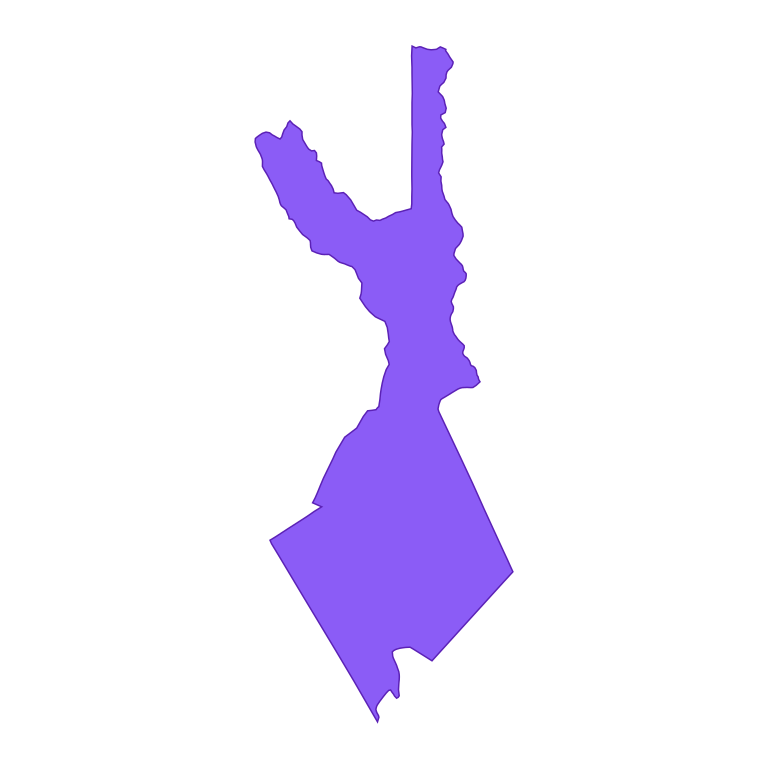 outline of Borabu, Nyanza, Kenya
{"feature_id": "3690345B58519462810575", "entity_name": "Borabu", "entity_type": "district", "adm_level": 2, "iso_a3": "KEN", "parent_name": "Kenya", "parent_adm1": "Nyanza", "projection": "albers", "projection_center": [35.021, -0.692], "detail": "fine", "context": "isolated", "style": "filled", "palette": "violet", "viewbox_px": 768, "rotation_deg": 0, "n_neighbors": 0, "source": "geoboundaries", "source_scale": "gbopen_adm2", "svg_char_len": 5392}
<svg xmlns="http://www.w3.org/2000/svg" viewBox="0 0 768 768"><path d="M412.1,46.1L411.6,56.0L412.0,67.4L412.0,73.2L412.3,93.6L412.0,102.6L412.0,110.8L412.0,124.6L412.3,132.1L412.1,139.5L412.0,144.2L411.8,171.0L411.8,176.7L412.0,189.0L411.8,196.4L411.8,203.7L411.2,208.7L406.8,209.9L403.3,210.9L399.9,211.8L395.6,212.6L392.5,214.5L388.8,216.2L385.7,218.0L382.4,219.2L380.0,220.4L376.4,220.0L373.5,221.1L370.4,219.9L367.3,216.8L360.5,212.3L356.7,210.2L354.1,205.7L350.7,199.9L346.2,194.7L343.5,192.6L337.9,193.3L334.1,192.8L333.1,189.0L331.4,185.5L329.8,183.3L328.1,180.7L326.2,179.0L325.0,176.2L324.0,173.3L322.9,169.7L321.7,165.5L321.5,163.1L319.3,161.7L316.4,160.5L316.7,156.0L316.4,152.9L314.5,150.5L311.5,150.9L308.6,149.0L306.9,146.6L302.7,139.5L302.0,135.0L302.0,131.7L299.8,129.0L296.0,126.2L292.9,124.0L290.0,120.8L288.0,122.9L286.7,126.7L284.1,130.0L282.7,133.8L281.7,137.1L280.0,139.0L276.9,137.5L274.6,136.1L272.3,134.9L269.6,132.8L266.0,132.1L262.4,133.3L259.1,135.5L256.7,137.3L255.4,138.5L255.1,142.0L256.3,146.8L257.0,148.3L258.0,150.2L259.8,153.2L260.5,154.5L261.1,156.1L262.2,159.0L262.5,160.9L262.5,162.6L262.4,166.4L264.1,169.7L266.6,173.7L267.9,176.0L269.9,179.9L271.7,183.1L272.6,184.8L273.2,186.1L274.9,189.5L276.2,192.0L278.2,196.4L278.7,198.0L279.3,199.9L279.9,202.6L280.7,204.7L281.5,205.9L284.5,208.4L286.1,209.9L287.5,213.5L288.8,216.6L289.1,218.8L292.2,219.3L293.7,220.7L295.1,223.1L296.7,227.1L299.8,231.1L302.6,234.5L305.5,236.6L307.4,238.0L310.1,240.5L310.5,243.0L310.5,244.4L310.7,247.3L311.4,249.4L312.0,250.9L315.1,252.2L316.4,252.8L318.1,253.3L321.2,254.2L322.6,254.4L324.3,254.5L329.1,254.4L331.0,255.7L334.5,258.2L338.1,261.3L339.8,262.3L341.6,262.9L344.6,263.8L346.9,264.8L350.2,266.1L351.9,266.5L355.0,269.6L356.6,273.5L358.5,278.4L360.1,280.5L361.9,283.0L361.5,290.3L361.4,291.6L361.1,293.8L359.8,298.2L362.3,302.0L365.4,306.6L368.5,310.3L369.5,311.5L371.0,312.9L375.4,316.8L377.8,318.0L382.8,320.4L384.9,321.4L387.3,327.5L388.3,334.2L388.7,338.0L389.0,339.8L389.3,341.5L387.4,344.8L384.5,348.7L385.6,354.3L388.3,360.6L389.2,364.4L386.2,369.6L383.8,376.7L382.3,382.9L381.2,388.8L380.5,393.4L379.9,399.6L379.3,403.4L378.8,406.7L377.7,407.5L376.0,409.7L372.1,410.3L367.6,410.8L363.3,416.5L356.7,428.1L344.7,437.2L339.5,446.0L335.9,452.1L332.8,459.0L323.5,478.1L320.5,485.2L317.4,492.8L315.2,497.8L312.6,502.8L321.7,506.8L314.3,511.4L307.1,516.4L288.3,528.5L283.1,531.9L275.1,537.1L270.0,540.2L271.6,543.8L278.1,554.5L282.9,562.5L303.1,596.3L322.2,628.0L335.5,650.1L354.0,681.2L377.5,721.9L378.9,717.3L378.6,715.9L377.8,714.3L376.9,712.7L376.3,711.1L375.9,709.3L376.3,707.5L376.7,706.2L377.4,704.8L379.7,701.4L383.5,696.4L386.4,692.8L388.7,690.4L390.6,690.0L392.0,692.2L393.4,694.0L394.6,696.1L396.6,698.2L398.2,697.3L399.2,695.8L398.9,693.1L398.6,690.9L398.5,689.6L398.8,684.1L399.0,681.6L399.2,679.8L399.3,677.4L399.3,676.0L399.2,674.3L398.8,671.7L398.0,669.5L397.5,668.1L396.6,665.4L395.6,663.1L395.0,661.8L393.8,659.2L393.1,657.5L392.7,656.1L392.3,651.9L393.8,650.5L395.9,649.4L397.8,648.8L400.0,648.2L403.3,647.7L405.9,647.4L410.1,647.2L413.3,649.1L421.8,654.4L432.0,660.8L432.9,659.8L461.1,628.7L503.9,581.6L512.9,571.8L509.6,564.6L507.5,559.9L503.4,551.1L483.7,508.2L482.2,504.8L472.7,483.6L460.6,457.7L438.9,411.9L438.0,409.0L438.8,404.8L439.4,403.0L439.9,401.5L440.8,399.6L442.0,398.7L445.4,396.7L452.4,392.4L457.5,389.3L459.0,388.6L460.6,388.0L462.5,387.6L465.3,387.5L467.0,387.4L468.7,387.5L470.9,387.6L472.9,387.5L476.1,385.4L480.0,381.8L478.9,379.9L478.4,378.5L478.2,377.0L477.0,375.1L476.5,372.6L476.3,370.4L474.8,367.6L473.2,366.3L471.3,365.7L470.5,364.5L470.1,362.9L469.3,360.9L468.2,359.3L467.3,358.1L466.0,357.2L464.6,356.3L463.6,355.1L462.7,353.3L462.9,351.4L463.6,349.7L464.2,347.8L464.2,345.7L462.9,344.2L460.3,341.9L459.2,340.8L458.0,339.5L456.8,337.8L455.7,336.2L454.5,334.7L453.9,333.5L453.3,332.2L452.8,330.9L452.7,329.5L452.4,327.7L452.0,326.2L451.2,323.9L450.5,321.8L450.1,319.5L450.2,317.9L450.6,315.9L451.4,314.0L452.8,311.7L453.4,308.9L453.4,306.8L452.6,305.1L451.8,303.5L451.2,301.5L451.8,299.4L452.9,297.5L453.6,295.7L454.2,293.9L455.0,291.7L455.8,289.9L456.3,288.5L456.6,287.1L457.7,285.6L459.1,284.4L461.0,283.3L462.4,282.5L464.0,281.7L465.2,280.2L465.9,278.1L466.2,275.7L466.2,273.8L465.4,272.6L463.8,271.2L463.2,269.4L462.9,267.6L462.4,265.8L461.3,264.3L459.9,263.0L458.2,261.2L456.1,259.0L453.8,255.4L454.0,253.4L455.5,248.5L458.0,245.8L459.2,244.5L460.0,243.3L461.2,241.1L461.8,239.7L463.1,236.2L463.0,233.7L462.5,231.2L461.8,227.2L459.7,224.9L457.8,223.1L455.3,220.0L453.0,216.5L451.9,213.3L451.0,209.3L449.1,205.1L448.2,203.5L447.0,202.1L444.9,199.5L444.0,196.1L442.3,191.3L441.9,189.0L441.7,185.3L440.9,181.1L441.1,176.8L438.6,172.9L439.5,169.8L440.8,167.2L441.8,165.1L443.0,161.8L442.5,159.3L442.3,156.9L441.7,153.1L441.8,149.5L441.6,147.0L444.1,144.1L443.5,141.5L442.8,139.8L442.3,138.1L441.8,135.7L441.7,134.3L442.8,129.7L445.9,127.4L444.7,124.1L444.0,122.9L442.6,121.3L440.7,118.2L440.8,115.0L445.2,112.6L446.2,108.2L444.8,103.4L444.5,101.5L444.2,100.1L442.6,96.5L438.2,91.9L439.8,86.2L441.3,84.6L443.8,82.4L446.0,78.1L446.1,74.8L446.9,72.0L448.0,70.4L451.4,67.2L452.9,63.7L453.1,62.0L449.8,57.2L447.9,53.9L445.6,50.8L445.9,49.4L443.2,48.1L440.3,46.9L436.5,49.3L434.6,49.5L431.2,49.8L427.3,49.3L423.5,47.9L421.0,46.9L419.4,46.8L415.9,47.9L412.1,46.1Z" fill="#8b5cf6" stroke="#5b21b6" stroke-width="1.5"/></svg>